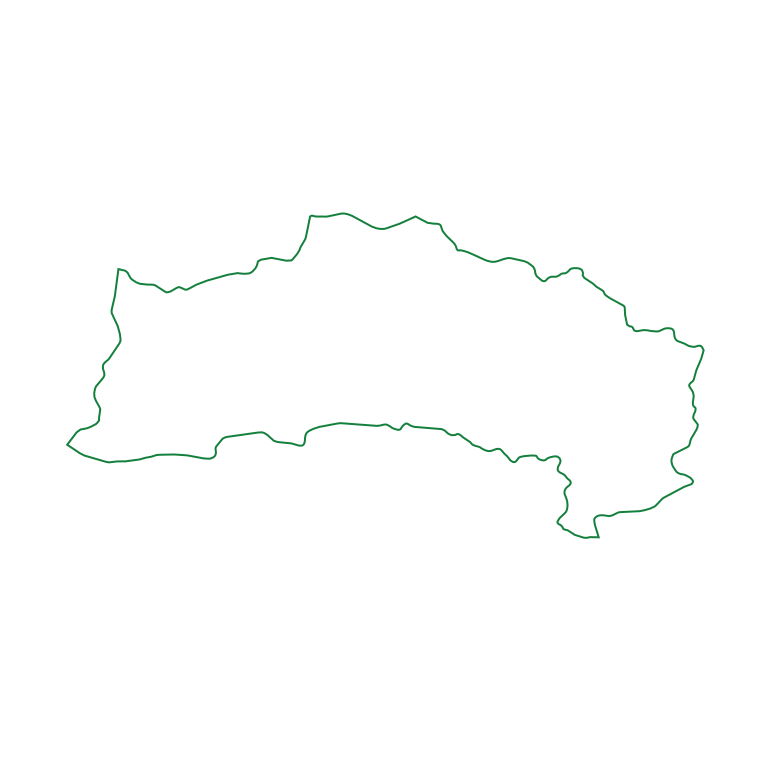 the Province of Phetchabun, rotated 84°
{"feature_id": "THA-402", "entity_name": "Phetchabun", "entity_type": "Province", "adm_level": 1, "iso_a3": "THA", "parent_name": "Thailand", "parent_adm1": "", "projection": "natural_earth1", "projection_center": [101.234, 16.209], "detail": "fine", "context": "isolated", "style": "outline", "palette": "green", "viewbox_px": 768, "rotation_deg": 84, "n_neighbors": 0, "source": "natural_earth", "source_scale": "10m", "svg_char_len": 6091}
<svg xmlns="http://www.w3.org/2000/svg" viewBox="0 0 768 768"><g transform="rotate(84 384 384)"><path d="M558.9,186.5L557.8,195.3L558.1,196.8L558.1,198.9L557.8,201.2L554.0,210.0L548.7,216.6L547.2,220.6L544.8,221.5L543.0,222.8L541.8,224.6L541.1,225.4L540.2,225.9L539.2,225.9L537.4,224.7L535.7,223.3L531.0,217.2L530.2,216.4L529.3,215.8L527.2,214.9L523.7,214.1L519.6,214.1L516.0,214.8L512.7,215.8L511.5,215.9L510.3,215.8L509.1,215.5L508.1,215.0L507.2,214.3L506.4,213.6L505.7,212.7L504.5,210.9L503.9,210.0L503.1,209.2L502.2,208.7L501.2,208.6L500.2,208.9L499.3,209.4L496.9,211.7L494.1,213.4L493.3,214.1L492.5,215.0L490.2,218.6L489.4,219.3L488.6,219.9L487.5,220.2L486.3,220.1L484.1,219.3L481.4,217.4L479.3,216.6L478.1,216.5L476.0,217.3L474.5,218.8L474.0,220.4L473.8,222.5L474.2,226.2L474.6,228.0L475.2,229.5L476.5,231.4L476.7,232.9L476.4,234.7L475.1,237.6L473.8,238.8L471.7,239.9L471.3,240.3L470.8,242.2L470.5,245.3L470.4,252.2L470.7,255.3L471.1,257.2L471.5,257.7L474.3,260.4L475.0,261.3L475.3,262.4L475.1,263.8L473.9,265.4L473.0,266.4L469.0,268.9L465.7,271.7L462.2,274.1L461.4,274.9L460.8,275.7L460.4,277.2L460.4,279.1L461.6,283.9L461.8,285.6L461.6,287.4L460.6,290.0L459.7,291.5L458.3,293.6L456.9,295.2L456.3,296.4L454.8,300.2L454.1,301.5L453.3,302.6L450.8,304.4L445.2,311.1L443.4,312.7L442.1,314.3L441.6,315.3L441.4,316.5L442.1,318.5L442.1,320.4L441.9,322.2L440.9,324.1L440.1,325.3L439.2,326.2L436.7,328.4L435.5,330.3L434.9,331.4L429.8,358.3L428.9,360.5L427.7,362.6L426.3,364.3L425.8,365.2L425.6,366.3L426.3,367.9L427.6,369.7L428.7,370.8L430.5,372.1L431.1,373.3L431.0,375.1L429.8,378.1L428.9,379.8L428.1,381.0L426.6,382.6L425.9,383.6L424.7,385.6L424.4,386.9L424.4,388.5L424.9,392.1L424.9,395.4L418.4,431.3L418.4,434.3L419.9,452.7L421.1,458.5L422.5,462.6L423.5,464.7L424.2,465.6L425.0,466.4L426.8,467.4L429.1,468.1L431.7,468.5L434.1,469.2L435.0,469.7L435.9,470.4L436.5,471.4L436.7,472.8L436.5,474.7L433.4,482.3L430.8,494.9L429.8,497.8L428.8,499.7L427.2,501.0L425.6,502.6L423.2,504.6L421.7,506.2L420.3,508.1L419.8,509.2L419.3,510.5L419.1,514.4L420.2,545.5L420.5,547.5L421.2,549.5L421.8,550.5L428.5,557.3L429.4,557.9L430.4,558.3L434.3,558.3L435.5,558.5L436.6,558.9L437.5,559.4L438.3,560.2L438.9,561.1L439.4,562.2L439.7,563.4L440.1,564.8L439.8,567.4L439.1,571.3L434.4,587.2L432.2,599.8L430.9,614.9L430.9,617.8L432.0,623.0L432.4,628.7L433.5,635.1L433.9,648.9L433.1,657.6L433.2,665.6L432.4,668.5L423.9,689.3L421.2,693.5L411.3,705.4L400.0,694.8L397.5,690.5L397.2,685.9L396.8,683.3L396.0,680.3L393.7,674.6L392.0,672.5L390.5,671.2L387.7,670.9L379.8,668.9L378.7,668.9L377.7,669.2L370.4,672.3L366.9,673.3L363.0,673.2L359.3,672.2L357.5,671.4L356.0,670.4L349.0,663.1L347.3,661.8L345.8,661.1L343.5,661.1L339.3,661.9L337.0,661.7L335.5,661.2L334.5,660.5L333.1,658.9L330.6,655.2L316.1,643.0L313.8,641.7L312.6,641.4L307.2,641.4L298.8,642.7L285.6,647.2L284.4,647.4L283.2,647.3L281.8,647.1L268.5,642.5L242.0,636.1L244.3,629.5L246.4,627.4L251.6,625.3L252.5,624.7L253.4,624.0L254.1,623.3L256.9,619.9L258.5,616.9L259.0,615.6L260.4,608.8L261.0,604.1L261.4,602.5L262.0,601.2L269.5,591.8L270.1,590.8L270.1,589.0L269.6,586.5L266.6,579.8L266.2,577.7L267.1,575.7L269.1,572.4L269.5,571.4L269.4,569.7L268.7,567.7L265.6,560.2L262.7,549.2L259.0,527.7L258.4,517.8L258.8,516.6L259.6,512.7L259.9,509.7L259.9,506.7L259.4,504.8L258.2,502.8L255.5,499.8L253.7,498.5L252.1,497.7L248.9,496.5L248.1,494.7L247.5,493.2L246.8,482.7L251.2,468.1L251.4,463.1L250.4,461.7L245.6,456.8L242.2,454.2L239.2,452.7L232.2,447.5L230.3,446.5L209.8,440.0L209.1,438.9L209.1,437.8L210.3,434.3L211.5,423.7L211.4,421.6L210.1,409.0L210.1,407.6L210.3,405.7L211.4,402.2L213.5,398.1L226.2,379.6L228.2,375.5L228.7,374.0L229.2,372.1L229.7,369.0L229.7,367.0L229.4,365.2L226.2,351.6L220.7,335.1L228.2,323.9L229.7,317.9L230.3,313.9L231.1,312.1L232.1,311.1L238.0,309.7L243.0,306.6L251.5,299.5L253.9,298.3L257.8,297.4L258.8,296.6L259.1,295.3L258.9,294.1L259.9,291.1L261.8,286.6L271.9,269.3L273.6,264.7L273.8,263.3L274.0,261.9L274.0,260.4L273.6,257.6L272.4,252.6L271.8,248.7L271.7,247.2L272.2,244.5L276.3,232.3L277.4,230.0L278.3,228.4L282.7,223.6L284.6,222.6L287.0,222.0L289.6,221.9L291.0,221.6L292.9,220.8L297.7,216.1L298.5,214.4L298.5,213.2L298.0,212.3L295.9,209.7L295.4,208.6L295.0,207.5L294.8,206.1L295.3,202.0L295.1,200.7L294.3,198.5L293.1,196.5L292.8,195.3L292.7,194.0L292.9,192.2L292.5,191.1L291.4,189.2L289.3,186.8L288.8,185.3L288.6,183.1L289.2,178.8L290.1,176.7L291.3,175.3L292.9,174.8L294.1,174.5L295.2,174.6L296.2,175.0L297.6,174.7L299.6,173.5L305.9,165.8L309.7,162.3L313.6,157.2L314.8,156.1L318.0,155.0L319.9,153.2L322.4,150.2L331.3,137.4L332.2,136.8L333.4,136.6L340.5,137.0L350.5,136.0L351.2,135.0L352.3,133.8L352.5,132.5L353.0,131.5L353.8,130.8L355.9,130.0L356.9,129.5L357.5,128.6L357.8,127.4L357.9,126.1L357.5,120.4L357.7,118.9L358.2,116.2L359.3,112.5L360.3,107.0L360.3,105.7L359.9,104.0L358.4,99.7L358.2,98.5L358.1,97.1L358.2,95.7L358.8,92.9L359.3,91.9L360.1,91.1L361.0,90.6L362.2,90.2L363.7,90.1L365.5,90.2L368.2,90.0L370.3,89.1L371.2,88.4L371.9,87.6L373.0,85.6L373.4,84.6L375.3,80.9L377.5,77.7L378.1,76.8L378.9,74.4L379.5,71.7L379.4,70.4L378.9,67.9L378.9,66.5L379.1,65.3L379.8,64.4L380.6,63.8L383.9,62.6L391.9,65.8L403.1,72.0L412.3,75.6L413.5,76.6L414.9,78.8L416.0,80.0L417.3,80.7L419.1,80.3L422.5,78.4L424.5,77.6L427.0,77.3L428.3,77.3L429.6,77.5L434.7,78.8L437.0,78.9L438.0,78.6L439.0,78.0L439.7,77.2L440.6,76.7L442.1,76.8L444.0,77.5L447.2,79.3L449.1,79.9L450.6,80.0L451.6,79.5L456.3,76.6L457.3,76.2L459.3,76.6L461.9,77.9L470.6,84.3L472.0,85.0L476.4,86.6L477.5,87.4L478.4,88.7L483.9,103.3L484.4,103.8L488.1,105.6L489.9,106.1L491.6,106.2L494.1,105.9L496.1,105.3L497.2,104.8L501.2,102.7L502.1,102.1L503.5,100.5L504.6,98.3L505.2,95.9L506.1,93.7L508.7,89.9L509.4,89.1L510.2,88.4L512.0,87.2L513.1,86.8L514.3,87.3L515.7,88.6L517.6,96.1L526.4,117.8L527.5,119.6L533.0,126.0L534.2,127.8L535.7,132.2L536.7,137.7L537.2,143.1L536.1,162.9L536.2,164.3L538.6,170.9L538.8,172.9L538.8,174.4L537.5,179.6L537.2,182.5L537.3,184.0L537.6,185.4L538.2,186.7L539.1,188.0L540.1,188.8L541.3,189.2L546.0,189.0L558.9,186.5Z" fill="none" stroke="#15803d" stroke-width="2"/></g></svg>